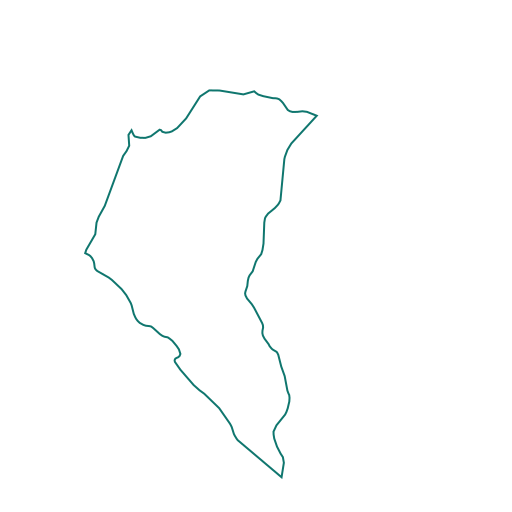 SVG path tracing the border of Maldonado, rotated 136°
{"feature_id": "URY-20", "entity_name": "Maldonado", "entity_type": "Department", "adm_level": 1, "iso_a3": "URY", "parent_name": "Uruguay", "parent_adm1": "", "projection": "orthographic", "projection_center": [-54.808, -34.45], "detail": "fine", "context": "isolated", "style": "outline", "palette": "teal", "viewbox_px": 512, "rotation_deg": 136, "n_neighbors": 0, "source": "natural_earth", "source_scale": "10m", "svg_char_len": 2141}
<svg xmlns="http://www.w3.org/2000/svg" viewBox="0 0 512 512"><g transform="rotate(136 256 256)"><path d="M376.9,376.7L373.7,378.4L356.5,383.3L347.5,390.8L341.8,393.5L330.0,397.1L282.0,420.3L276.2,421.4L270.6,423.4L263.6,431.7L258.2,432.9L259.5,429.5L260.1,427.4L260.1,426.0L257.2,421.5L253.5,417.8L248.5,415.2L237.6,413.8L236.9,412.5L237.1,410.4L235.3,407.4L232.5,405.3L230.0,404.1L223.9,402.8L210.7,403.5L185.3,409.6L174.6,407.6L167.3,400.4L152.8,381.0L142.9,375.7L142.7,373.1L142.2,370.5L139.8,366.0L134.3,357.9L132.2,355.7L131.2,354.3L130.4,352.5L130.2,349.7L130.3,347.3L131.7,339.0L131.1,336.7L129.7,334.3L126.2,331.0L122.1,327.9L119.2,324.3L114.9,314.7L152.4,312.4L159.7,310.5L166.3,307.3L168.3,306.0L199.8,279.0L203.2,277.9L205.0,277.6L209.1,277.4L217.8,278.1L221.6,277.5L223.3,276.9L226.8,274.3L242.0,259.7L247.2,255.8L251.0,253.7L256.9,253.0L260.3,251.9L269.0,247.3L274.1,246.5L276.4,245.6L279.0,243.9L283.2,240.4L288.2,237.8L289.8,236.7L291.0,234.9L292.0,231.6L292.5,224.3L293.3,220.2L298.2,203.4L299.1,201.4L300.6,199.6L303.2,197.8L305.0,196.1L306.3,194.0L307.3,190.6L308.2,183.7L308.8,181.9L309.0,180.0L309.1,178.2L308.9,176.8L308.6,175.7L307.9,173.2L307.8,172.1L308.6,169.5L314.6,159.0L318.8,149.7L326.9,137.4L328.1,134.7L328.7,132.9L330.4,130.7L333.1,128.2L339.0,124.4L342.4,122.7L345.2,121.7L358.9,120.0L365.4,117.5L367.4,115.3L369.7,112.0L373.3,104.3L375.6,96.7L376.0,94.6L376.4,92.6L379.6,87.9L391.3,79.1L397.1,136.2L396.9,137.9L396.1,141.5L395.5,143.4L392.3,149.8L391.7,151.6L391.2,153.5L388.2,172.1L388.9,192.9L389.9,198.6L390.5,206.4L389.4,226.7L387.9,236.1L387.2,237.3L386.5,237.8L385.3,238.2L383.8,237.8L382.2,237.2L380.3,237.2L378.4,238.1L376.3,242.4L375.6,246.4L375.1,253.0L375.5,256.3L376.0,258.8L377.9,261.5L378.8,263.6L379.4,266.6L380.0,275.6L380.4,278.1L381.3,279.5L383.7,282.4L384.9,284.7L386.1,288.7L386.2,291.5L385.9,293.9L385.4,295.8L384.1,299.3L379.8,306.8L378.8,309.1L376.5,318.0L375.7,325.5L376.3,339.0L376.9,342.8L380.6,355.4L380.7,357.2L380.5,358.8L379.8,360.1L377.6,363.0L376.4,365.0L375.4,368.4L375.2,371.0L375.5,372.8L376.8,376.4L376.9,376.7Z" fill="none" stroke="#0f766e" stroke-width="2"/></g></svg>